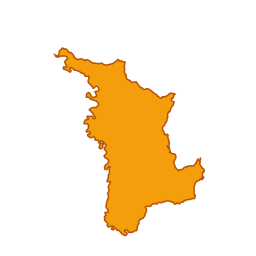 Paicol, Huila, Colombia, rotated 248°
{"feature_id": "7082276B2042357516453", "entity_name": "Paicol", "entity_type": "district", "adm_level": 2, "iso_a3": "COL", "parent_name": "Colombia", "parent_adm1": "Huila", "projection": "albers", "projection_center": [-75.733, 2.405], "detail": "fine", "context": "isolated", "style": "filled", "palette": "amber", "viewbox_px": 256, "rotation_deg": 248, "n_neighbors": 0, "source": "geoboundaries", "source_scale": "gbopen_adm2", "svg_char_len": 5761}
<svg xmlns="http://www.w3.org/2000/svg" viewBox="0 0 256 256"><g transform="rotate(248 128 128)"><path d="M154.6,162.9L155.5,162.5L157.4,160.4L157.4,158.3L157.7,157.2L158.9,156.4L159.9,156.1L160.3,155.2L161.4,154.6L164.3,153.6L165.6,153.5L167.8,152.8L168.8,148.5L171.6,147.5L172.1,146.6L174.0,145.2L174.6,145.1L177.9,146.2L179.2,145.6L181.2,145.6L185.2,147.5L186.7,147.7L187.9,148.6L190.4,149.9L191.1,148.1L192.7,147.1L193.0,145.7L195.2,144.5L195.2,143.8L194.5,142.6L193.4,137.9L194.4,131.4L196.0,129.2L198.2,127.8L198.1,127.4L198.6,124.9L200.2,122.0L200.7,121.6L201.2,119.7L205.5,116.9L206.5,115.9L207.0,113.9L206.6,113.4L209.0,111.4L209.8,110.2L210.3,106.9L213.3,104.8L214.4,104.9L217.2,104.4L219.5,103.2L219.9,102.2L220.8,101.4L223.4,100.9L224.7,99.7L225.1,98.6L225.8,97.8L226.7,97.4L225.2,93.3L222.9,92.0L221.3,90.5L221.1,89.9L221.3,89.4L223.2,87.6L221.4,87.9L220.3,88.9L219.9,89.7L219.9,92.6L218.4,96.5L216.3,98.2L215.8,98.3L215.0,97.8L214.2,95.8L213.0,94.1L210.0,94.0L209.1,94.4L208.2,94.3L207.9,93.8L207.7,92.6L208.7,91.5L208.7,90.9L207.7,90.4L206.5,90.6L204.6,93.0L201.5,95.2L201.5,95.6L202.3,96.6L205.1,96.5L205.6,96.8L205.5,97.7L205.2,98.2L202.0,99.8L199.3,103.5L195.8,105.9L195.0,107.8L192.4,107.4L191.9,107.9L191.4,109.0L191.0,110.7L190.6,110.9L189.3,110.8L186.5,108.6L185.4,108.2L179.4,110.5L178.3,110.3L178.0,110.4L177.7,111.5L178.7,113.3L178.8,114.2L178.1,115.1L175.7,115.7L173.9,115.0L173.6,114.5L173.6,113.1L174.1,111.3L173.9,111.0L169.5,111.2L169.1,108.7L169.2,107.1L169.6,106.6L171.8,105.8L174.4,105.6L175.6,104.8L175.5,103.3L174.7,102.1L173.0,101.4L172.8,101.0L172.1,101.1L171.1,103.1L168.8,104.0L165.1,108.5L163.0,109.6L161.5,109.6L160.8,109.4L160.0,108.7L158.9,106.2L160.1,103.6L160.2,101.0L159.9,99.8L159.4,98.9L154.6,101.0L151.7,101.1L150.0,101.8L149.5,101.6L149.1,100.2L149.6,99.4L151.9,99.4L152.8,98.3L152.7,96.8L154.2,95.4L154.0,94.7L153.3,94.0L151.6,94.6L150.9,94.4L150.8,93.8L151.4,92.3L151.3,91.4L150.5,90.2L148.6,88.9L146.9,92.0L145.8,92.5L142.6,91.2L141.9,90.2L141.3,88.6L140.7,88.0L139.7,88.4L138.9,91.1L138.2,91.5L137.5,91.4L136.6,90.5L137.1,89.5L136.9,88.1L136.1,87.8L135.1,88.1L133.3,89.2L132.7,90.8L132.7,92.8L131.9,93.7L130.6,93.5L129.6,92.9L128.7,93.6L127.8,95.7L126.9,95.8L125.9,95.3L124.9,95.5L124.9,96.2L126.6,97.7L126.7,98.1L124.2,100.3L123.7,100.1L123.4,99.0L124.0,97.4L123.9,96.3L120.8,93.9L120.0,94.0L118.9,95.0L119.1,96.4L120.0,97.7L122.0,98.1L122.2,99.6L121.7,101.1L120.5,101.4L119.7,100.9L118.8,99.2L117.3,98.0L114.9,99.2L113.4,99.2L112.2,97.8L111.2,95.4L109.6,95.4L106.4,97.6L105.2,97.9L103.6,96.8L102.8,95.8L101.9,92.9L100.5,91.6L99.3,91.1L98.1,91.3L97.4,92.6L98.9,94.8L99.2,96.4L98.9,96.8L96.2,94.7L95.4,94.7L92.7,93.7L91.6,92.0L89.4,91.3L87.5,89.4L86.3,88.6L85.7,88.9L84.9,91.3L84.0,91.3L81.8,88.5L80.3,87.4L77.7,87.2L76.7,86.6L75.0,84.6L72.1,84.4L71.0,83.8L66.6,79.9L65.0,79.3L63.5,78.1L62.6,78.0L59.8,78.7L57.8,78.4L57.5,78.0L58.2,75.3L58.0,74.8L55.4,74.9L54.6,72.9L52.0,72.3L51.6,71.7L50.0,72.2L49.9,72.6L48.5,72.7L47.4,73.4L46.2,73.3L45.9,72.4L45.5,72.1L43.6,72.7L43.4,73.1L43.5,74.8L43.2,76.3L42.4,77.8L41.7,78.0L41.3,77.6L41.5,75.6L41.3,75.1L40.7,74.8L39.9,75.0L39.0,76.1L39.7,78.0L39.4,79.3L38.4,79.6L37.4,79.3L36.4,81.2L31.8,82.9L29.4,84.9L29.3,86.3L29.6,86.9L30.2,87.4L31.6,87.5L34.0,86.0L34.4,86.3L34.4,87.0L33.9,89.2L33.2,89.4L31.9,89.2L30.8,89.8L30.8,90.6L30.1,91.0L30.3,91.6L29.6,93.8L30.3,95.6L29.8,96.7L29.7,97.5L30.3,98.3L31.8,98.9L33.6,100.1L34.6,101.1L35.1,102.2L36.8,102.8L38.2,104.0L38.8,106.2L38.7,108.1L39.9,110.1L41.3,111.4L41.6,111.3L42.6,112.7L44.4,114.2L45.7,114.8L48.2,114.3L48.4,116.5L47.5,117.6L47.2,118.9L47.2,120.2L48.0,121.2L48.3,123.1L47.6,124.7L47.7,125.4L46.7,126.1L46.8,126.8L47.4,127.5L47.2,129.3L46.2,130.8L46.1,132.3L46.4,133.2L45.8,134.9L46.0,136.9L45.3,138.2L41.9,142.2L41.4,142.5L40.1,142.5L39.7,144.0L40.0,145.6L38.5,147.0L38.5,147.6L39.3,148.8L38.7,151.4L39.7,153.0L39.1,154.1L39.6,155.5L38.7,157.8L38.4,161.6L37.7,162.5L38.0,163.6L39.9,165.0L40.3,164.7L40.9,164.9L41.1,164.5L41.5,164.7L41.8,164.5L44.8,165.8L45.3,165.8L48.9,167.5L51.9,169.9L52.7,171.5L52.9,174.6L53.2,175.5L53.6,175.7L52.9,176.4L53.0,177.1L52.6,177.6L53.7,177.8L54.2,178.2L54.1,178.4L53.6,178.4L53.3,178.9L53.7,179.2L53.9,179.8L55.2,179.0L58.0,179.9L58.9,180.8L58.5,181.4L58.7,181.8L60.0,182.8L61.4,182.8L63.3,181.8L68.0,180.9L69.1,182.2L69.9,181.8L71.5,183.3L71.9,183.6L72.8,183.8L72.8,183.5L71.5,183.3L71.4,182.0L71.5,181.4L72.8,181.2L73.0,180.8L71.6,180.1L71.4,179.1L70.5,178.1L69.8,178.0L69.6,177.0L68.5,175.2L68.6,173.6L69.7,171.5L69.8,169.9L70.3,168.6L69.8,168.0L70.3,167.3L70.1,164.6L69.4,163.9L69.4,161.4L69.7,161.3L69.9,160.5L69.9,159.7L69.4,158.8L72.7,157.6L73.4,157.1L79.5,157.6L79.9,158.0L80.0,158.7L81.6,160.1L82.1,161.0L84.4,162.0L86.0,161.7L87.2,160.5L87.4,159.7L89.9,157.5L90.2,158.3L90.7,158.5L91.4,158.3L93.6,158.8L94.3,158.7L94.6,159.1L94.8,159.1L94.1,158.0L94.7,157.7L95.7,158.0L96.5,157.6L96.7,157.8L96.2,158.4L97.4,160.0L98.1,160.5L98.9,160.4L99.6,161.0L101.5,160.9L102.2,161.5L103.6,161.3L105.2,161.6L105.8,162.3L107.2,162.3L107.0,161.5L107.9,160.9L108.1,159.7L110.8,159.8L113.2,159.3L114.9,159.9L116.0,160.5L116.9,163.0L118.6,164.5L119.1,165.7L120.1,166.7L121.8,167.6L122.8,168.7L123.6,169.1L124.2,169.0L124.7,169.6L125.7,169.7L126.7,170.3L126.9,171.2L127.8,171.8L127.4,172.6L127.5,173.1L128.1,173.4L131.1,176.2L132.5,178.7L133.0,178.6L134.8,180.6L135.7,179.6L137.0,178.8L138.0,178.6L138.9,179.6L138.7,180.7L141.2,183.0L141.7,184.3L143.2,182.8L143.4,181.8L144.4,180.9L144.1,178.3L143.4,177.4L143.4,176.1L143.0,175.2L143.5,173.0L144.1,171.6L143.4,170.7L143.7,169.4L144.8,168.3L145.9,168.0L146.5,167.0L147.3,167.2L148.4,167.0L149.4,165.8L150.6,165.3L151.1,164.7L151.8,164.8L152.6,164.0L154.1,163.4L154.6,162.9Z" fill="#f59e0b" stroke="#b45309" stroke-width="1.5"/></g></svg>